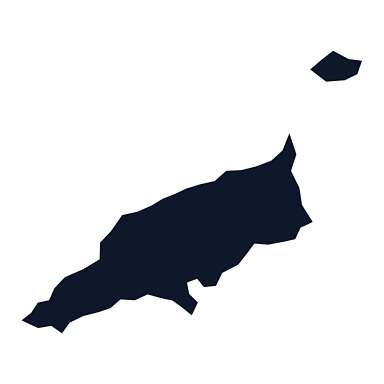 the district of Fernando de Noronha, Rio Grande do Norte, Brazil
{"feature_id": "56859067B68153873864864", "entity_name": "Fernando de Noronha", "entity_type": "district", "adm_level": 2, "iso_a3": "BRA", "parent_name": "Brazil", "parent_adm1": "Rio Grande do Norte", "projection": "mercator", "projection_center": [-32.422, -3.844], "detail": "fine", "context": "isolated", "style": "filled", "palette": "ink", "viewbox_px": 384, "rotation_deg": 0, "n_neighbors": 0, "source": "geoboundaries", "source_scale": "gbopen_adm2", "svg_char_len": 915}
<svg xmlns="http://www.w3.org/2000/svg" viewBox="0 0 384 384"><path d="M283.2,241.1L294.7,238.5L299.9,227.2L311.6,221.6L301.3,205.3L298.7,188.3L290.2,170.9L295.6,154.4L289.3,135.4L283.2,150.9L271.7,161.3L256.6,167.1L241.3,170.9L226.5,171.6L215.0,181.8L201.2,184.8L187.1,189.1L174.6,194.9L163.1,199.4L152.3,206.0L137.2,212.6L122.7,215.7L111.4,231.9L100.8,243.0L100.4,259.7L84.1,269.6L65.3,277.8L55.0,288.7L49.6,300.9L38.3,303.3L31.7,313.4L23.0,320.2L38.3,327.3L51.5,325.0L61.8,332.3L69.1,322.1L83.0,315.3L98.7,311.3L110.0,307.5L120.3,298.6L134.7,299.5L147.4,293.6L161.5,297.4L172.7,299.8L181.9,306.3L191.5,314.1L196.9,302.6L188.5,294.3L186.1,282.1L197.4,277.8L204.2,286.3L215.5,285.1L221.6,272.4L237.8,264.0L247.5,251.5L254.0,242.8L268.1,243.9L283.2,241.1ZM344.5,79.5L356.7,73.6L361.0,61.4L348.3,59.8L333.2,51.7L322.2,60.2L311.4,69.4L326.4,80.9L344.5,79.5Z" fill="#0f172a" stroke="#020617" stroke-width="1.5"/></svg>